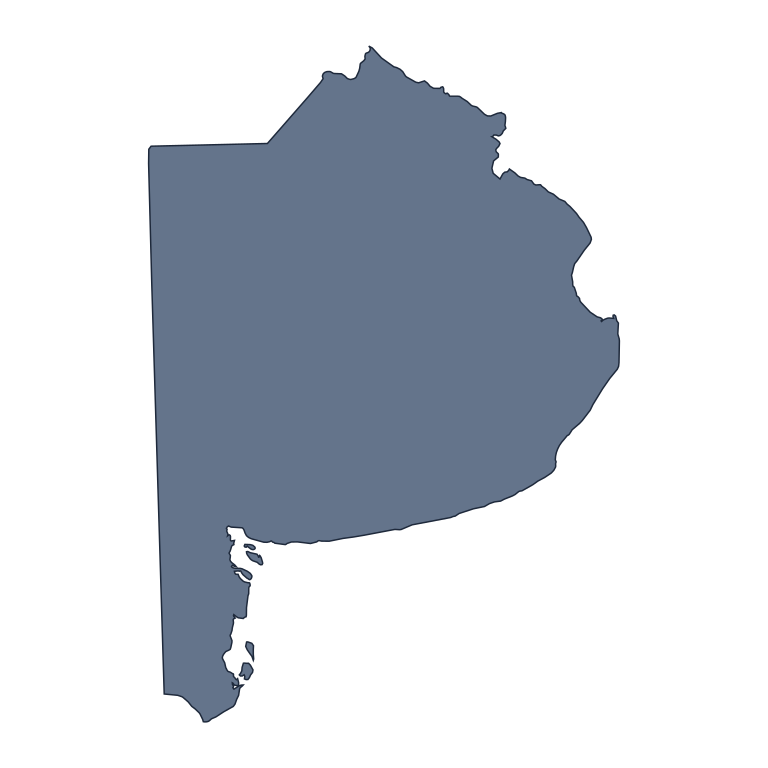 map outline of Buenos Aires (Albers equal-area conic projection)
{"feature_id": "ARG-1295", "entity_name": "Buenos Aires", "entity_type": "Federal District", "adm_level": 1, "iso_a3": "ARG", "parent_name": "Argentina", "parent_adm1": "", "projection": "albers", "projection_center": [-60.531, -37.151], "detail": "fine", "context": "isolated", "style": "filled", "palette": "slate", "viewbox_px": 768, "rotation_deg": 0, "n_neighbors": 0, "source": "natural_earth", "source_scale": "10m", "svg_char_len": 6065}
<svg xmlns="http://www.w3.org/2000/svg" viewBox="0 0 768 768"><path d="M619.4,340.9L619.0,362.6L618.6,366.3L617.3,369.2L609.7,378.5L602.5,388.9L592.9,404.6L590.2,410.2L582.3,420.5L579.8,423.2L572.2,429.7L569.3,434.2L568.5,435.0L567.3,435.5L561.6,442.3L559.4,445.5L557.7,448.9L556.4,452.4L555.6,456.0L555.3,459.8L556.1,461.9L555.6,463.6L555.7,466.2L555.5,467.2L553.8,470.3L551.3,473.0L544.9,477.3L537.7,481.2L532.8,484.7L522.0,490.8L519.6,491.2L518.7,491.6L515.1,494.5L512.5,495.9L504.4,499.1L500.6,501.1L494.5,501.9L489.5,503.6L484.5,506.5L473.4,508.8L459.1,513.5L455.2,516.1L453.1,516.5L450.7,517.5L412.2,524.8L401.1,529.5L399.6,529.7L394.9,529.4L364.2,535.2L353.5,537.0L343.1,538.4L329.2,541.2L321.6,541.1L319.0,540.6L318.2,540.8L316.7,541.9L310.5,543.5L297.4,541.9L291.4,542.0L287.0,543.5L286.3,544.1L285.3,544.6L274.8,543.2L273.9,542.4L272.6,542.1L271.5,541.0L271.0,541.0L269.7,541.7L267.0,542.3L263.7,542.2L251.1,538.7L248.5,537.4L246.5,535.7L245.1,533.1L244.0,530.0L243.1,528.5L242.1,527.8L231.2,527.1L228.5,526.0L227.1,527.0L226.4,528.5L227.1,529.3L226.7,531.1L228.0,534.3L227.6,535.8L228.6,535.0L229.5,534.9L230.2,535.5L230.5,536.6L230.4,539.9L230.6,540.5L231.3,541.0L234.5,540.4L233.7,543.3L233.9,544.6L232.2,545.5L231.6,546.3L230.7,549.4L230.1,551.2L229.2,552.7L229.1,553.3L230.4,555.4L230.3,557.0L229.9,559.7L230.5,561.2L231.7,562.6L234.7,564.9L236.1,566.5L234.2,566.2L232.4,565.3L231.5,566.5L232.1,567.4L233.6,568.0L235.2,568.3L240.4,568.4L242.1,568.8L247.4,571.3L250.3,573.4L251.8,575.6L251.9,576.7L251.6,577.7L251.2,578.6L250.5,579.3L249.7,579.7L249.1,579.5L248.2,578.8L246.9,578.1L243.0,574.7L241.7,572.9L240.8,571.1L240.2,570.9L239.4,571.2L238.1,570.9L234.4,571.3L234.8,572.9L235.2,573.7L235.7,574.2L238.1,574.3L239.1,576.8L240.4,578.6L243.2,581.2L244.5,581.9L247.8,582.7L249.4,582.8L249.8,583.2L250.2,585.2L249.9,586.1L249.1,586.9L248.8,587.7L248.7,593.8L248.0,595.7L246.5,607.6L246.4,615.3L246.1,616.7L245.7,616.7L243.4,618.2L243.2,618.5L238.2,617.8L236.7,616.9L233.8,614.6L233.5,615.5L233.8,616.4L235.2,618.1L233.6,618.9L233.2,619.6L233.5,622.9L233.2,624.4L232.4,627.5L232.0,630.5L230.8,634.1L230.3,634.8L230.1,635.7L232.0,640.7L231.9,642.5L230.8,647.6L230.2,649.3L228.8,650.2L225.9,651.5L224.8,652.7L223.6,654.3L222.7,656.0L222.3,657.8L222.7,659.0L224.7,662.8L225.8,667.8L226.4,668.6L226.4,669.0L227.6,671.0L228.2,671.5L230.3,672.2L232.5,673.6L233.3,673.9L233.5,674.3L233.5,676.4L233.8,676.8L234.7,677.6L235.5,678.9L236.4,679.7L237.6,678.6L238.6,682.5L238.6,684.7L237.6,685.7L234.4,685.1L233.0,683.2L232.3,682.8L232.4,684.3L233.5,686.3L233.4,687.0L232.9,687.5L233.5,688.8L234.0,689.1L239.1,685.9L241.1,685.1L243.2,685.0L242.4,685.9L240.1,687.8L239.6,688.9L238.6,695.4L236.7,699.3L235.0,704.1L233.3,706.4L223.7,711.8L215.9,716.9L211.5,718.8L209.3,720.8L208.0,721.5L206.6,721.8L204.9,721.9L203.3,721.7L202.7,719.5L200.1,714.1L199.2,712.8L195.1,708.9L191.8,706.4L188.2,701.9L182.9,697.3L181.9,696.7L177.7,695.3L164.2,694.0L151.8,285.1L148.6,163.5L148.8,149.2L151.1,146.2L185.8,145.4L267.4,143.5L307.7,97.4L320.5,82.5L323.1,78.7L322.4,76.1L323.1,74.0L324.3,72.7L325.2,72.2L326.9,71.6L329.3,71.5L330.5,71.7L333.2,73.3L334.2,73.5L341.5,73.8L344.8,76.0L347.3,78.5L349.1,79.2L350.8,79.5L351.9,79.2L353.9,78.7L355.7,77.7L356.3,76.8L358.9,71.2L359.7,68.2L360.2,64.2L360.4,63.6L360.7,63.2L363.7,60.8L364.9,59.3L365.1,58.8L364.9,56.2L365.5,53.8L366.1,53.2L368.5,52.3L369.4,51.4L370.0,50.4L370.2,49.1L370.2,47.9L368.8,46.1L372.3,48.0L381.5,58.0L393.8,66.8L396.7,67.6L400.1,69.3L402.7,71.6L405.4,75.9L406.4,76.9L415.8,82.2L418.6,82.8L424.5,80.9L427.4,83.1L430.1,86.3L433.6,88.3L439.9,88.4L440.9,87.3L442.6,86.8L443.0,87.1L443.6,88.4L443.7,89.6L443.7,91.7L444.0,92.6L445.2,93.5L445.9,93.8L446.9,93.2L447.4,93.2L448.9,94.7L449.5,96.0L450.1,96.2L457.6,96.2L459.5,96.4L460.9,97.3L462.1,98.3L467.3,101.6L471.1,105.2L472.5,106.0L476.0,106.8L477.3,107.4L484.5,114.3L487.4,115.9L490.8,116.0L497.4,113.3L501.2,112.6L501.2,112.9L502.6,113.4L504.4,114.3L504.9,114.8L505.4,116.1L505.6,117.8L505.4,121.6L504.9,125.4L505.6,127.4L505.8,128.4L503.3,130.9L502.3,133.3L501.2,134.6L499.8,135.6L498.3,135.9L496.5,135.1L493.9,135.0L492.7,136.5L491.9,136.7L496.0,139.2L499.2,142.0L500.0,143.6L498.6,146.4L496.9,148.1L495.8,149.6L495.9,150.7L496.3,151.9L498.2,153.7L498.4,154.5L498.3,157.0L493.6,160.9L491.9,168.3L493.2,173.3L500.0,179.0L502.8,173.9L504.7,172.2L507.3,171.8L508.8,170.2L509.4,169.0L514.9,172.9L518.1,176.0L520.6,177.4L524.9,178.1L527.0,179.5L531.5,180.8L533.9,184.1L535.8,185.0L539.8,184.7L540.6,184.8L541.9,186.4L545.0,188.6L548.3,191.9L553.4,194.2L559.1,199.0L564.8,201.4L567.2,204.2L570.0,206.5L576.6,213.6L579.0,217.1L583.5,222.4L586.6,227.8L591.1,237.2L591.4,239.4L590.1,243.0L584.3,250.2L576.9,261.0L574.7,263.6L573.7,266.7L572.4,272.5L571.5,275.2L572.7,281.9L572.7,284.4L573.0,286.1L574.3,287.3L576.3,293.3L576.5,295.1L576.7,295.9L577.9,296.6L579.5,298.4L579.8,300.4L580.8,302.2L590.2,312.2L597.2,316.9L600.3,317.7L601.8,318.6L602.4,319.7L601.1,320.9L601.6,321.5L602.9,320.3L604.4,319.4L607.5,318.2L609.1,318.0L613.7,318.4L613.0,316.5L613.2,315.2L614.2,314.9L615.6,316.1L616.7,320.7L618.4,323.1L617.8,334.0L619.2,338.8L619.4,340.9ZM244.5,663.1L246.3,663.3L248.6,663.3L250.4,665.2L253.0,669.9L252.5,672.5L250.6,674.9L249.4,677.6L247.9,679.5L246.1,679.6L244.4,678.9L244.8,676.3L244.1,674.8L242.2,676.0L240.4,676.0L239.3,674.9L240.5,673.4L241.8,670.9L242.1,667.4L243.4,663.2L244.5,663.1ZM259.3,555.8L259.6,555.4L260.2,556.0L261.2,557.8L262.5,562.1L262.7,563.4L262.1,564.6L260.7,564.8L259.3,564.2L257.2,562.3L252.9,560.8L251.4,559.9L250.2,558.8L247.3,554.8L246.6,553.1L246.5,551.7L247.8,551.5L250.3,552.7L257.0,554.2L258.4,556.4L258.6,557.2L258.9,557.2L259.2,556.7L259.3,555.8ZM246.6,642.0L247.8,641.9L251.8,643.3L253.5,645.7L253.3,649.5L253.3,654.2L253.7,659.0L253.3,660.3L251.9,656.3L250.3,654.2L247.2,649.7L245.7,646.4L246.6,642.0ZM247.2,546.2L246.2,547.2L244.9,547.0L244.2,546.0L244.9,544.4L250.2,544.6L252.8,545.3L254.8,547.0L255.2,548.1L254.7,549.0L253.6,549.6L252.3,549.6L251.0,549.1L247.2,546.2Z" fill="#64748b" stroke="#1e293b" stroke-width="1.5"/></svg>